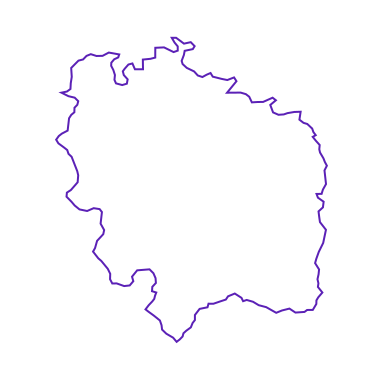 the district of Carlópolis, Paraná, Brazil, rotated 278°
{"feature_id": "56859067B22086314964615", "entity_name": "Carlópolis", "entity_type": "district", "adm_level": 2, "iso_a3": "BRA", "parent_name": "Brazil", "parent_adm1": "Paraná", "projection": "equal_earth", "projection_center": [-49.704, -23.457], "detail": "fine", "context": "isolated", "style": "outline", "palette": "violet", "viewbox_px": 384, "rotation_deg": 278, "n_neighbors": 0, "source": "geoboundaries", "source_scale": "gbopen_adm2", "svg_char_len": 2667}
<svg xmlns="http://www.w3.org/2000/svg" viewBox="0 0 384 384"><g transform="rotate(278 192 192)"><path d="M312.4,193.8L310.2,190.2L307.3,186.3L308.2,181.5L311.7,177.3L314.2,169.5L317.4,164.9L320.4,163.5L326.6,164.9L330.8,165.1L333.6,172.9L336.8,174.3L340.2,169.9L337.8,163.4L342.5,154.8L341.9,150.5L337.6,153.9L334.2,157.6L330.0,158.2L328.0,154.3L331.3,144.2L329.7,135.6L325.0,136.2L320.0,136.9L318.1,132.3L316.3,124.9L306.7,126.4L305.6,118.4L311.0,115.1L309.4,111.3L304.7,108.2L301.9,106.7L298.3,108.2L294.6,112.6L290.2,112.4L288.2,108.0L289.0,101.6L292.3,99.6L297.1,99.4L301.9,97.1L305.7,94.4L308.8,94.1L312.6,96.5L315.0,100.2L318.1,100.8L318.5,90.2L314.4,84.5L313.4,78.5L314.4,72.6L312.1,68.6L308.1,65.7L306.3,61.3L302.7,58.6L298.0,55.1L289.3,56.9L282.9,56.8L277.1,57.3L274.1,54.2L272.2,48.9L269.7,56.3L269.1,62.7L266.1,66.7L262.4,66.3L259.1,63.9L254.6,64.4L251.6,61.7L247.9,60.0L235.5,60.3L231.7,55.0L228.9,52.3L224.9,50.2L221.6,52.9L218.3,59.0L216.2,62.6L212.6,64.4L210.1,67.9L196.6,75.5L192.7,77.0L185.7,77.4L177.1,71.8L174.0,68.2L169.9,68.4L165.5,74.1L162.3,77.7L159.1,83.0L158.6,90.8L162.3,96.9L162.2,102.9L159.6,105.6L147.9,105.9L142.1,110.3L137.9,110.0L130.4,104.8L123.0,103.8L119.2,102.3L113.3,108.4L111.1,111.8L104.2,119.3L99.6,122.4L94.2,123.0L90.3,125.8L91.0,130.1L89.4,137.9L90.8,143.3L95.5,146.3L99.8,144.4L106.8,148.6L109.5,160.7L106.2,165.1L101.6,167.9L96.9,168.9L92.6,165.9L88.2,166.2L87.5,170.6L84.0,169.8L80.9,169.5L78.1,167.9L73.9,164.9L69.3,162.3L67.5,165.4L64.3,171.4L60.3,178.1L55.8,180.4L51.6,181.5L48.1,186.3L45.1,193.6L41.5,197.6L44.2,200.3L47.6,202.8L50.9,203.2L53.8,205.6L57.8,209.7L62.3,210.8L65.6,212.7L70.6,212.0L77.3,215.8L80.0,223.4L83.7,223.9L84.3,228.7L87.9,235.8L90.2,240.5L93.7,242.2L97.4,248.5L94.1,255.7L91.0,257.8L92.7,261.2L91.8,267.7L89.2,273.8L88.3,281.5L84.1,292.2L87.2,297.6L90.1,304.7L87.0,311.2L88.9,320.1L91.2,322.4L92.0,328.0L98.4,330.7L102.0,330.3L105.3,331.7L110.6,335.1L115.5,329.9L119.2,329.9L123.1,328.4L128.1,328.8L133.0,328.6L138.7,323.8L143.2,324.4L150.4,325.9L159.8,329.0L173.2,329.9L180.0,322.9L184.8,321.5L190.4,320.0L195.0,323.8L200.7,323.7L203.9,317.5L207.4,315.6L208.2,320.6L212.6,321.3L218.5,323.6L231.8,320.2L236.8,321.9L240.2,319.4L243.6,317.5L248.9,313.3L252.0,312.1L256.3,311.9L260.0,307.5L263.4,303.9L265.5,306.6L268.2,303.9L271.5,302.2L275.4,296.7L276.0,292.8L278.6,288.3L286.6,288.4L285.5,282.2L283.4,275.6L281.6,272.1L280.5,266.9L282.1,261.2L289.1,257.4L294.5,262.3L296.6,258.7L291.1,249.9L290.3,244.7L289.1,238.8L294.3,235.4L296.4,231.7L297.2,226.3L295.2,212.9L307.9,220.6L311.3,217.7L307.8,211.4L308.1,206.0L309.1,196.5L312.4,193.8Z" fill="none" stroke="#5b21b6" stroke-width="2"/></g></svg>